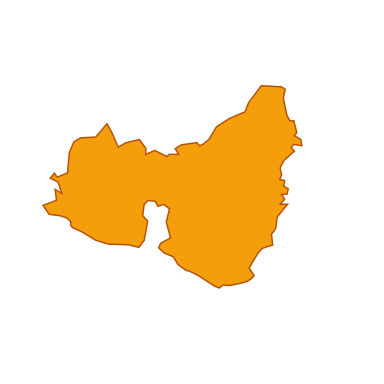 outline of Beaufort, South Carolina, United States of America, rotated 58°
{"feature_id": "52423323B11454809492263", "entity_name": "Beaufort", "entity_type": "district", "adm_level": 2, "iso_a3": "USA", "parent_name": "United States of America", "parent_adm1": "South Carolina", "projection": "orthographic", "projection_center": [-80.723, 32.391], "detail": "fine", "context": "isolated", "style": "filled", "palette": "amber", "viewbox_px": 384, "rotation_deg": 58, "n_neighbors": 0, "source": "geoboundaries", "source_scale": "gbopen_adm2", "svg_char_len": 1526}
<svg xmlns="http://www.w3.org/2000/svg" viewBox="0 0 384 384"><g transform="rotate(58 192 192)"><path d="M138.6,76.9L146.2,96.6L152.1,104.5L149.5,121.1L149.7,136.7L156.3,149.6L157.3,157.3L156.9,161.0L152.7,161.8L146.4,175.9L146.3,183.3L153.1,183.4L148.1,191.1L148.5,194.7L137.0,201.5L135.6,211.3L130.4,208.0L119.6,208.8L115.1,222.4L114.9,230.8L97.9,228.3L89.1,228.0L94.4,244.5L86.9,258.0L86.9,265.6L93.4,275.0L109.9,287.5L107.9,298.4L103.1,298.8L105.2,304.9L112.5,300.3L124.3,303.2L117.2,306.7L127.2,311.3L124.4,325.5L135.3,324.9L142.3,316.4L147.4,312.1L152.1,310.8L153.2,310.6L155.7,312.6L159.0,312.1L167.1,306.7L181.9,299.2L191.9,290.5L203.6,273.2L210.8,266.5L207.6,258.1L193.2,245.1L185.9,246.3L185.3,245.8L177.5,239.5L175.8,234.1L180.3,228.1L186.2,228.4L187.5,222.7L189.6,221.8L194.3,220.0L203.8,229.7L216.1,233.5L219.5,234.6L218.9,245.9L221.7,249.9L229.1,247.9L237.0,242.2L246.1,242.3L255.3,238.6L257.5,236.4L265.3,231.4L283.9,222.7L287.9,219.6L287.3,215.1L291.4,209.4L295.3,198.7L297.1,192.6L296.9,187.4L295.8,183.6L286.9,183.8L283.3,177.4L278.7,168.1L278.6,167.8L277.1,162.2L278.7,155.2L279.9,151.8L269.9,146.9L268.7,143.3L266.5,139.6L258.4,133.1L253.0,117.5L249.1,123.9L247.3,117.3L241.7,117.4L244.1,112.4L240.4,108.8L235.6,111.0L231.3,107.3L228.0,111.0L224.9,106.9L218.3,104.5L214.1,97.6L211.6,83.5L206.7,84.2L205.6,80.6L211.0,74.2L205.0,71.9L198.4,75.4L197.2,71.7L185.5,67.9L183.5,71.3L176.9,70.8L160.8,64.8L154.2,58.5L150.3,60.4L143.1,70.5L138.6,76.9Z" fill="#f59e0b" stroke="#b45309" stroke-width="1.5"/></g></svg>